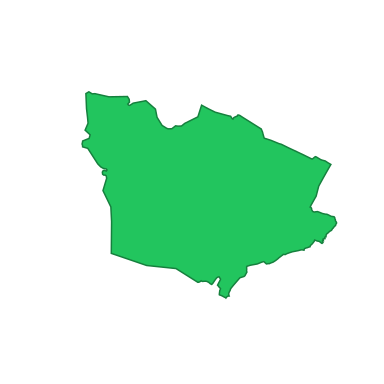 the district of Bankass, Mopti, Mali, rotated 300°
{"feature_id": "8926073B46110396602069", "entity_name": "Bankass", "entity_type": "district", "adm_level": 2, "iso_a3": "MLI", "parent_name": "Mali", "parent_adm1": "Mopti", "projection": "robinson", "projection_center": [-3.598, 13.688], "detail": "fine", "context": "isolated", "style": "filled", "palette": "green", "viewbox_px": 384, "rotation_deg": 300, "n_neighbors": 0, "source": "geoboundaries", "source_scale": "gbopen_adm2", "svg_char_len": 3648}
<svg xmlns="http://www.w3.org/2000/svg" viewBox="0 0 384 384"><g transform="rotate(300 192 192)"><path d="M98.5,152.8L105.7,189.5L117.7,216.4L116.7,242.2L117.2,242.9L117.9,243.5L118.6,243.9L119.7,244.3L119.6,244.9L119.8,245.8L120.8,247.2L121.6,248.5L122.0,249.6L122.1,251.8L121.7,253.7L121.7,254.1L121.8,255.3L123.3,255.7L126.6,255.9L128.6,256.1L129.9,256.3L130.8,256.7L131.8,257.4L132.1,257.9L131.5,258.9L130.9,260.2L130.5,260.4L125.7,260.6L124.8,260.7L124.1,260.7L124.0,261.1L123.8,261.6L123.0,263.6L122.8,264.4L122.6,265.0L121.9,265.2L120.6,265.3L118.2,266.3L117.0,266.8L116.6,267.2L116.9,268.4L117.1,270.4L117.1,272.6L117.2,273.3L117.3,273.8L117.1,274.4L118.3,274.5L119.3,274.9L120.0,275.4L120.5,276.2L121.1,275.5L122.4,274.6L123.0,274.4L123.5,274.3L123.8,274.3L125.9,274.2L126.6,274.1L127.4,273.8L131.9,274.5L139.2,275.9L141.7,276.4L144.2,278.7L144.9,279.3L146.0,279.7L148.7,279.6L150.1,279.6L150.7,279.0L151.1,278.6L152.1,278.2L153.4,277.4L154.6,276.7L155.1,276.7L157.7,279.1L162.4,284.6L165.9,287.3L167.4,288.7L167.6,289.4L167.2,290.9L167.1,291.6L166.9,292.4L167.4,293.0L168.2,294.0L168.6,294.8L169.8,295.6L171.8,297.3L174.5,298.7L177.2,299.8L178.6,300.2L180.4,301.0L181.7,301.5L182.7,302.0L183.6,302.2L184.0,303.1L184.5,304.1L185.8,304.8L187.6,306.3L190.4,308.8L194.4,313.4L196.4,315.4L197.0,316.4L197.4,317.5L197.6,318.1L198.6,317.8L199.3,317.8L200.9,319.1L201.5,319.8L202.8,320.8L203.5,321.6L204.9,321.3L206.6,321.9L208.1,322.2L209.6,322.4L210.6,322.5L211.2,322.3L211.7,322.2L211.9,323.1L212.1,324.8L212.4,325.6L212.8,326.8L212.7,328.1L212.5,329.3L212.4,329.9L212.5,330.3L213.1,330.5L213.8,330.7L214.3,330.0L214.8,329.4L215.3,329.4L215.6,330.1L216.1,329.6L216.3,329.2L217.1,329.1L217.7,330.1L218.1,330.5L218.5,330.1L219.1,329.6L219.7,329.8L220.1,330.4L220.7,330.2L221.1,330.0L222.0,329.6L223.3,329.7L224.9,330.4L226.6,330.8L227.9,331.6L228.6,332.0L230.7,332.0L231.2,332.3L231.9,332.4L233.2,332.5L233.7,332.6L234.6,333.1L235.7,332.8L236.5,332.7L237.2,332.8L238.0,332.3L238.4,331.4L238.8,330.6L239.7,330.0L240.5,328.9L241.3,328.3L241.6,327.3L241.5,327.1L241.1,326.1L240.5,324.6L240.4,322.0L240.2,320.0L239.5,318.6L238.6,315.7L238.2,312.7L237.8,310.5L236.7,309.0L236.0,308.3L235.7,307.4L235.5,306.6L235.8,305.7L236.4,304.6L237.5,303.8L237.7,303.6L238.1,302.7L238.0,301.9L239.5,301.7L247.3,301.6L250.4,301.6L256.5,299.9L260.5,298.8L269.9,298.6L280.2,298.5L281.3,298.5L283.6,298.5L284.8,298.5L285.3,298.5L285.3,295.1L285.5,291.8L284.7,288.9L284.4,287.3L284.5,282.7L284.5,282.0L284.3,281.2L283.8,280.9L281.7,280.1L280.9,279.8L280.5,279.1L280.0,271.8L279.3,262.7L278.5,253.4L278.0,245.5L277.4,243.2L276.2,234.4L275.1,229.3L274.7,227.8L275.0,227.3L277.9,224.3L279.1,223.2L280.7,221.1L281.2,220.5L281.3,217.6L281.5,212.1L281.8,204.1L282.0,198.6L282.2,195.1L281.9,193.7L281.4,193.1L280.3,193.2L279.5,192.5L278.0,191.4L277.2,191.0L276.0,191.0L275.6,191.0L275.6,190.2L276.1,189.1L276.8,187.8L276.9,187.6L276.0,184.7L272.7,172.1L272.2,164.2L272.0,156.9L263.8,158.7L260.0,159.5L247.8,151.4L243.9,149.9L242.0,146.9L241.1,144.7L236.7,142.9L234.8,139.8L234.5,138.3L234.7,132.8L239.2,124.4L245.5,118.9L248.0,106.4L239.5,96.6L235.9,94.8L235.5,93.6L236.0,92.4L238.6,92.9L240.9,91.2L242.4,88.3L232.9,72.5L228.6,58.7L227.1,56.5L227.2,52.6L224.2,50.9L211.4,59.0L204.4,64.2L199.6,67.6L192.1,68.5L190.6,75.2L187.0,76.1L181.5,71.8L180.6,72.2L178.6,72.8L177.5,74.0L176.4,74.7L177.7,79.9L169.2,96.4L168.1,100.4L168.1,103.3L169.1,106.3L168.6,107.4L167.3,107.3L166.9,105.5L166.2,104.4L164.4,104.4L162.7,105.7L162.5,107.2L163.2,108.4L163.2,109.5L161.3,111.2L148.7,114.2L138.5,129.2L126.1,137.2L98.5,152.8Z" fill="#22c55e" stroke="#15803d" stroke-width="1.5"/></g></svg>